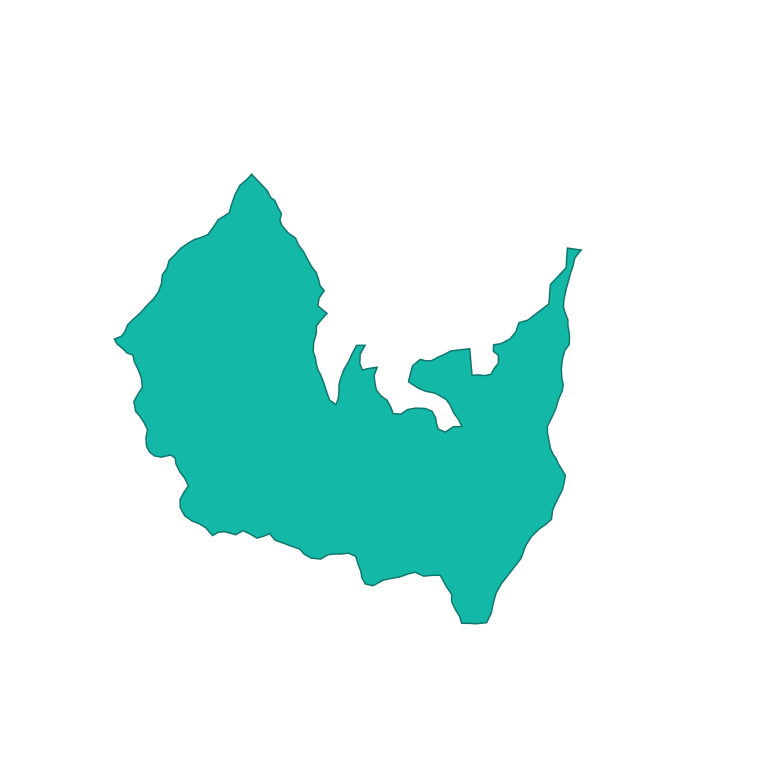 outline of Presidente Getúlio, Santa Catarina, Brazil, rotated 46°
{"feature_id": "56859067B44549542667052", "entity_name": "Presidente Getúlio", "entity_type": "district", "adm_level": 2, "iso_a3": "BRA", "parent_name": "Brazil", "parent_adm1": "Santa Catarina", "projection": "robinson", "projection_center": [-49.714, -27.036], "detail": "fine", "context": "isolated", "style": "filled", "palette": "teal", "viewbox_px": 768, "rotation_deg": 46, "n_neighbors": 0, "source": "geoboundaries", "source_scale": "gbopen_adm2", "svg_char_len": 3266}
<svg xmlns="http://www.w3.org/2000/svg" viewBox="0 0 768 768"><g transform="rotate(46 384 384)"><path d="M144.4,359.8L149.2,369.4L153.3,376.3L152.0,383.2L150.6,389.1L152.6,397.7L154.2,407.0L151.7,413.5L148.4,419.8L146.6,427.2L145.2,435.8L145.8,444.8L145.8,452.6L150.1,459.9L151.4,467.4L157.1,474.3L161.0,481.9L162.7,490.6L162.7,497.1L163.2,504.3L163.6,510.9L163.2,520.1L163.3,527.4L166.3,533.7L167.2,539.8L164.4,546.8L169.7,548.2L176.7,547.4L183.3,547.2L188.6,544.5L194.5,548.1L203.3,551.0L210.6,554.1L218.5,560.0L220.4,568.2L222.9,576.1L231.3,581.7L237.8,582.0L245.8,583.6L252.7,585.9L257.3,592.6L263.4,597.8L269.7,599.9L276.2,599.1L282.0,594.9L286.8,586.9L292.2,585.6L297.0,589.2L305.4,591.9L313.8,592.9L321.4,595.5L322.9,603.1L325.4,610.9L331.5,616.5L340.5,618.9L349.3,617.2L356.1,614.0L363.5,612.1L373.9,612.6L375.7,606.0L379.3,601.4L384.7,598.1L389.5,595.3L391.5,587.3L398.5,584.7L406.6,582.4L409.7,576.7L412.3,570.2L420.6,570.9L428.1,567.2L435.7,563.6L444.1,559.3L450.8,559.6L458.7,557.3L466.0,551.1L468.0,542.8L471.4,538.2L475.8,533.7L481.1,527.0L488.3,524.1L496.1,528.0L502.3,530.6L508.2,534.6L514.9,536.3L521.5,532.0L524.6,520.7L528.9,513.8L533.6,506.9L537.5,498.4L540.9,492.5L549.8,488.9L554.9,482.5L560.7,476.4L566.4,478.0L573.2,479.9L582.2,481.4L587.5,486.5L595.4,489.2L603.8,491.1L610.1,494.4L615.5,488.8L620.2,484.6L627.0,476.0L623.2,465.8L617.4,457.5L612.3,448.6L609.2,438.5L604.7,406.8L602.2,401.6L598.8,394.6L596.3,384.9L596.0,373.6L597.2,366.0L597.7,357.6L592.1,350.7L589.5,344.8L586.8,337.2L584.2,329.5L581.1,324.6L575.8,317.0L568.7,315.4L562.8,314.1L557.2,312.0L551.4,311.1L546.2,309.1L540.1,305.2L532.4,300.2L527.9,295.9L524.8,287.0L521.2,277.8L516.1,268.7L512.8,260.7L509.4,255.9L503.2,251.9L496.6,246.2L490.7,239.3L485.5,230.8L484.3,223.5L479.9,218.7L475.3,214.9L470.0,211.4L465.5,207.1L459.6,204.7L453.3,201.5L448.0,195.6L442.4,187.2L437.1,178.1L433.7,172.7L430.9,167.0L425.8,159.0L424.6,149.1L413.6,157.7L426.9,172.2L428.0,195.2L440.9,209.7L437.9,236.4L433.6,244.3L438.2,253.2L439.1,262.0L436.2,271.9L431.9,277.9L436.4,282.5L442.9,281.8L448.5,287.4L449.5,294.6L451.4,300.2L448.1,305.5L442.4,310.4L439.0,314.7L418.2,297.9L406.7,312.8L404.6,320.0L402.1,326.9L400.5,333.2L396.7,337.7L391.5,340.8L390.8,350.9L395.4,358.5L399.3,364.8L404.7,363.7L411.2,362.1L418.1,359.1L426.1,353.6L433.0,351.5L438.4,350.0L444.7,350.9L453.1,353.9L461.5,355.1L468.9,357.6L462.9,363.7L461.2,373.4L454.0,376.3L448.6,373.6L444.3,370.4L437.0,368.4L430.3,371.3L423.3,378.0L418.7,384.9L417.4,392.7L411.8,398.0L405.8,395.4L397.9,393.1L390.1,394.4L383.0,393.7L377.3,390.0L371.0,385.2L367.2,377.3L362.4,383.9L358.8,389.8L352.3,387.1L345.9,380.3L343.0,370.7L337.2,376.9L340.2,386.2L343.1,393.4L345.9,403.2L350.0,411.6L353.2,416.7L358.0,421.5L362.7,427.0L365.5,432.9L357.9,434.3L351.6,431.6L342.2,427.0L334.4,423.6L328.1,421.7L323.1,419.1L317.8,415.4L311.2,412.2L305.1,405.5L300.6,397.7L295.2,392.1L294.3,385.2L293.6,375.9L288.2,376.6L281.7,377.3L277.2,371.0L275.2,362.1L269.0,361.8L263.4,358.5L256.4,355.3L249.3,354.6L240.9,352.3L233.0,349.9L224.6,349.0L217.6,346.3L208.6,348.0L198.7,347.3L193.6,344.8L190.3,339.5L183.5,337.7L176.2,335.1L171.1,336.0L163.5,333.7L141.2,333.5L141.6,340.0L141.0,349.6L144.4,359.8Z" fill="#14b8a6" stroke="#0f766e" stroke-width="1.5"/></g></svg>